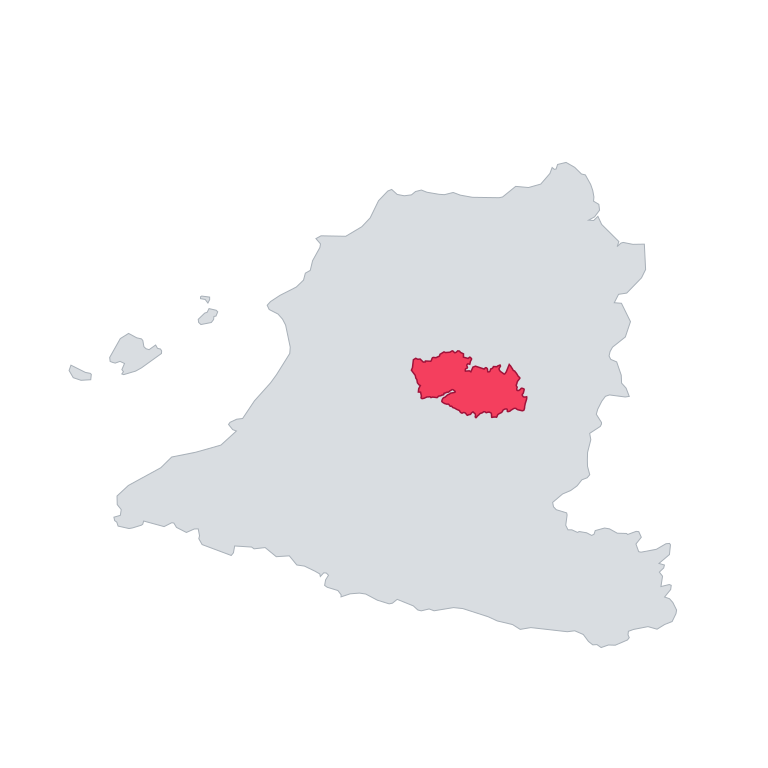 Toledo on a map of Spain (Albers equal-area conic projection), rotated 186°
{"feature_id": "ESP-5848", "entity_name": "Toledo", "entity_type": "Autonomous Community", "adm_level": 1, "iso_a3": "ESP", "parent_name": "Spain", "parent_adm1": "", "projection": "albers", "projection_center": [-4.343, 39.785], "detail": "fine", "context": "in_parent", "style": "filled", "palette": "rose", "viewbox_px": 768, "rotation_deg": 186, "n_neighbors": 0, "source": "natural_earth", "source_scale": "10m", "svg_char_len": 8266}
<svg xmlns="http://www.w3.org/2000/svg" viewBox="0 0 768 768"><g transform="rotate(186 384 384)"><path d="M404.5,167.8L404.6,169.9L408.3,173.8L419.2,175.9L422.0,177.5L421.6,183.1L419.2,188.0L421.6,190.0L424.2,189.9L427.2,185.9L428.0,188.4L433.0,190.6L444.1,194.6L451.8,194.9L460.2,203.2L473.1,201.0L485.1,208.9L496.0,206.5L498.6,208.0L515.6,207.3L516.1,200.4L518.0,197.5L548.1,205.3L552.0,210.8L551.6,213.8L553.6,220.5L557.5,220.0L565.0,215.7L575.4,219.7L578.4,223.7L580.5,223.9L587.8,219.2L608.7,222.6L609.3,219.3L610.6,218.2L619.0,214.6L622.5,213.6L633.6,214.9L635.3,218.7L637.6,220.0L638.7,223.3L632.5,225.8L632.2,231.6L636.7,236.2L637.8,244.7L627.6,256.4L597.2,277.4L587.5,289.2L564.0,296.5L539.8,306.2L525.9,321.8L529.7,322.8L534.4,327.5L533.1,329.8L526.8,333.6L521.0,334.9L511.1,353.7L497.0,373.2L491.9,382.0L480.9,404.5L481.1,410.8L488.0,432.3L491.7,437.9L496.7,442.5L506.0,446.1L508.4,450.1L505.5,454.1L496.7,461.3L481.3,471.3L474.9,478.9L473.8,486.0L469.2,489.3L467.9,499.2L462.0,513.1L461.8,516.7L466.9,521.5L462.1,524.8L437.5,526.9L422.5,538.1L415.1,547.8L408.6,565.7L400.4,576.3L396.7,578.3L390.7,573.9L383.5,573.3L376.4,575.0L372.8,578.7L367.1,580.8L361.4,579.2L349.1,578.4L343.7,578.6L335.2,581.7L327.9,579.8L315.6,578.9L289.0,581.3L285.6,582.4L273.7,594.3L260.8,594.5L249.0,599.2L241.0,610.7L239.4,616.9L237.1,615.3L235.3,615.8L234.3,620.5L226.1,623.4L217.0,619.4L209.6,613.5L205.6,613.0L199.3,604.0L196.6,598.2L194.8,592.0L194.7,587.7L189.1,585.1L187.8,579.4L192.1,572.2L197.7,568.3L192.6,568.5L188.8,573.1L184.2,565.4L165.3,550.2L166.5,545.0L163.1,548.9L160.9,549.8L151.1,548.9L139.7,550.3L135.8,525.2L139.0,516.5L152.1,499.8L160.1,497.7L163.5,488.9L156.3,489.1L145.4,471.8L148.9,456.0L160.6,444.5L162.6,439.8L163.1,435.4L161.1,432.2L154.9,430.3L149.0,417.6L147.8,409.7L142.8,405.2L138.8,397.3L142.7,396.3L158.6,396.7L162.5,394.9L165.6,389.7L168.8,381.3L169.7,376.1L163.7,368.5L163.5,366.9L164.5,364.4L174.3,356.4L172.5,350.2L174.4,337.3L173.8,329.6L173.0,323.4L169.9,315.3L172.1,312.0L177.2,309.4L181.3,302.9L187.2,297.6L194.9,293.3L203.9,283.9L202.6,279.6L199.6,277.0L188.9,274.9L188.2,272.9L188.5,262.5L185.8,258.2L181.9,258.6L176.0,256.6L174.5,257.7L166.9,257.2L161.6,255.1L159.4,256.6L158.6,260.3L149.6,263.8L144.6,263.5L136.4,260.0L127.1,260.7L126.0,259.8L117.8,263.8L115.2,263.8L112.1,258.5L116.7,251.2L113.2,243.9L110.8,243.6L95.8,248.1L86.9,254.6L83.4,255.3L82.3,254.0L82.3,244.2L91.8,234.3L86.2,233.3L86.6,230.3L90.5,225.7L86.9,222.0L87.4,211.5L79.3,214.4L77.3,213.8L77.4,209.6L82.7,201.5L77.6,200.3L73.9,196.9L69.4,189.8L69.6,186.2L72.6,177.9L79.7,174.2L86.8,168.7L96.1,170.3L110.2,166.0L115.1,163.6L115.1,160.0L113.6,157.4L115.1,154.9L126.7,148.4L133.5,147.9L140.5,144.6L145.0,147.1L149.1,146.4L153.7,149.3L159.6,155.7L168.5,158.5L175.8,156.8L212.5,157.1L222.9,154.2L231.0,158.2L246.6,160.2L256.0,163.4L282.1,168.9L291.5,168.9L310.5,163.7L315.6,165.0L323.2,162.3L326.8,162.8L331.6,166.4L348.4,171.2L352.7,166.9L355.9,165.9L368.0,168.3L380.2,173.2L386.5,173.5L395.7,171.8L404.5,167.8ZM644.2,377.3L648.9,378.9L653.5,376.7L656.1,377.1L658.7,377.8L659.6,381.7L651.0,401.6L643.3,407.6L634.8,404.1L629.9,403.5L628.4,402.0L626.7,396.0L624.4,394.2L621.2,393.6L615.2,398.9L613.0,395.8L609.9,395.4L608.6,393.6L608.5,391.1L626.9,374.7L632.3,370.9L643.9,366.1L645.8,366.6L644.4,369.0L646.2,370.9L644.2,377.3ZM698.6,364.5L697.3,370.0L682.1,364.3L677.3,363.9L676.1,363.0L676.1,357.6L685.7,356.0L693.7,357.8L698.6,364.5ZM567.4,436.8L565.9,440.7L558.6,439.8L556.9,438.4L558.2,434.0L560.2,433.4L560.2,430.3L562.2,427.1L572.3,424.0L574.8,425.9L575.5,428.9L569.7,435.8L567.4,436.8ZM575.6,451.5L574.5,452.4L566.5,452.2L566.2,449.7L567.6,446.1L570.7,449.4L575.4,449.7L575.6,451.5Z" fill="#d9dde1" stroke="#a8b0b8" stroke-width="1"/><path d="M240.8,386.2L240.6,385.4L240.6,383.8L241.5,379.2L241.8,375.9L241.7,375.3L241.7,374.7L242.0,373.1L242.2,372.6L242.3,372.4L243.7,371.8L248.3,372.4L249.7,373.0L250.2,373.5L251.3,373.5L252.1,373.3L252.5,373.1L252.8,372.9L253.0,372.7L255.0,371.2L255.6,370.5L255.9,370.2L256.5,369.9L257.7,369.5L258.2,369.5L258.5,369.7L258.8,371.5L259.0,371.8L259.7,372.0L260.8,371.8L261.5,371.5L262.5,370.8L262.9,370.4L263.1,370.0L263.3,369.6L263.3,369.1L263.8,368.4L264.2,367.9L265.1,367.4L265.6,367.0L266.6,366.4L267.4,365.7L267.9,364.9L268.0,364.4L268.1,363.9L268.4,363.0L268.6,362.7L269.6,362.8L271.8,362.5L272.9,362.1L273.4,362.1L273.6,362.5L273.6,363.0L273.6,363.4L273.8,363.9L274.0,365.3L274.1,365.7L274.3,366.1L274.7,366.4L275.6,366.8L276.2,367.0L276.8,367.0L277.9,366.7L279.4,366.1L280.4,366.8L281.2,366.9L281.8,366.9L282.2,366.7L282.5,366.3L282.9,365.9L283.5,365.5L284.9,364.9L285.6,364.4L286.0,363.9L286.3,363.4L287.7,361.9L288.0,361.5L288.2,361.1L288.8,360.2L289.1,360.1L289.3,360.2L289.6,360.4L289.8,360.8L289.9,361.2L289.7,362.1L289.8,362.6L289.9,363.0L290.2,363.8L290.6,364.2L291.0,364.5L291.7,364.8L292.4,365.5L292.5,365.6L292.8,365.5L293.4,364.9L293.8,364.5L294.2,364.0L294.5,363.3L294.8,363.0L295.3,362.6L296.5,362.4L297.6,361.6L298.1,361.7L298.4,361.9L298.7,362.3L300.0,363.6L300.8,363.9L301.7,364.0L302.3,363.8L302.7,363.5L303.2,363.2L303.6,363.2L304.6,363.6L305.0,363.9L305.4,364.3L305.7,364.7L305.9,365.1L306.3,365.5L306.9,365.7L309.4,366.5L310.9,367.3L313.2,367.8L313.4,368.0L313.7,368.3L313.9,368.6L314.4,369.0L314.8,369.0L315.6,368.8L316.0,368.9L316.3,369.2L317.1,370.2L317.4,370.5L317.7,370.6L318.2,370.7L319.4,370.5L320.1,370.6L320.8,370.8L321.7,370.9L324.0,372.0L324.5,372.5L324.7,372.8L324.6,373.0L324.7,373.7L324.6,374.0L324.2,375.3L324.1,375.5L323.7,376.1L323.6,376.3L323.4,376.5L322.8,376.9L322.5,377.0L321.9,377.3L319.7,379.7L318.9,380.3L318.1,380.6L317.8,380.8L317.0,381.7L316.8,381.9L316.2,382.0L313.3,382.9L312.7,383.2L312.3,383.6L312.5,384.1L313.1,384.6L314.6,385.5L315.3,385.6L315.9,385.5L316.3,385.1L317.0,384.5L317.4,384.3L318.1,383.6L318.5,383.1L318.8,382.8L319.2,382.6L319.7,382.5L320.5,382.4L321.1,382.1L321.9,381.5L323.0,381.2L323.4,381.0L323.5,380.7L323.4,379.8L323.7,379.5L324.4,379.2L325.3,379.0L325.7,378.6L326.0,378.4L326.4,378.2L328.2,377.7L328.7,377.5L328.9,377.2L329.2,376.5L329.8,376.0L334.3,376.1L335.9,375.4L336.8,376.1L337.4,376.1L337.9,375.9L339.9,375.6L342.7,374.0L344.6,373.4L345.5,373.8L345.6,374.1L345.8,374.7L345.5,375.8L346.8,379.7L349.0,379.6L349.0,382.9L347.7,386.3L349.1,386.8L350.9,388.7L351.8,391.8L353.0,393.2L353.8,395.8L358.2,400.6L357.4,403.2L357.3,411.2L355.1,412.9L353.0,412.1L350.7,412.6L347.2,409.9L345.2,410.3L345.2,411.2L340.0,411.5L339.5,412.0L338.9,414.4L338.5,415.2L337.8,415.6L335.1,415.6L331.7,417.6L331.4,419.4L327.7,422.2L326.2,421.7L321.8,422.5L319.8,424.0L319.1,424.1L317.0,422.5L316.1,422.7L315.4,423.2L314.1,424.7L312.4,424.6L311.2,423.4L308.1,422.3L307.8,419.0L303.0,418.2L301.8,419.5L301.4,419.7L301.0,419.5L299.8,418.6L299.5,418.1L299.6,417.5L300.4,415.6L300.8,412.6L302.7,412.9L303.4,412.1L303.6,411.6L303.6,410.9L303.4,410.5L302.9,409.7L302.7,409.3L302.9,408.6L303.3,408.2L304.0,408.0L304.5,407.5L304.6,407.1L304.6,405.8L304.4,405.3L300.5,406.0L298.9,405.2L297.3,410.1L294.9,411.3L286.2,409.4L285.7,409.5L285.5,409.8L285.2,410.4L285.0,410.6L284.4,410.9L283.8,410.8L283.3,410.4L282.7,409.8L282.1,407.0L280.9,407.0L280.1,407.5L279.7,408.6L279.5,410.1L278.7,410.4L277.9,411.0L277.3,411.8L277.0,412.8L273.5,413.0L273.0,413.7L270.6,415.0L270.0,414.0L271.2,411.3L271.0,410.5L270.6,409.8L269.6,408.7L265.5,406.4L264.9,406.7L263.7,408.8L261.5,416.5L261.0,416.0L260.5,415.6L260.2,415.4L259.6,414.7L259.1,414.0L257.7,412.3L257.0,411.2L256.7,410.9L255.8,410.7L255.1,410.3L254.8,409.8L254.1,409.2L253.1,408.1L251.4,405.8L251.0,405.5L250.3,405.0L249.9,404.7L249.6,404.4L249.5,404.0L249.6,403.6L250.1,402.9L250.3,402.5L250.6,402.1L250.8,401.7L251.3,401.0L251.5,400.6L251.6,400.1L251.8,399.7L251.9,398.4L252.1,397.6L252.3,397.2L252.3,396.7L252.3,396.2L252.0,395.7L251.3,394.9L251.2,394.6L251.5,393.6L251.5,393.0L251.3,392.2L251.1,391.7L250.7,391.5L250.4,391.5L249.5,391.6L249.2,391.7L248.2,392.5L247.8,393.0L247.2,393.9L247.0,394.1L246.7,394.2L246.0,394.2L244.4,393.8L244.2,393.5L244.0,393.0L244.2,391.6L244.3,391.0L244.4,390.3L244.5,389.6L244.7,389.1L245.3,388.3L245.4,387.9L245.4,387.4L245.2,387.1L244.9,386.7L244.6,386.3L244.3,386.0L243.9,385.8L243.5,385.7L242.2,385.8L241.3,386.0L240.8,386.2Z" fill="#f43f5e" stroke="#9f1239" stroke-width="1.5"/></g></svg>